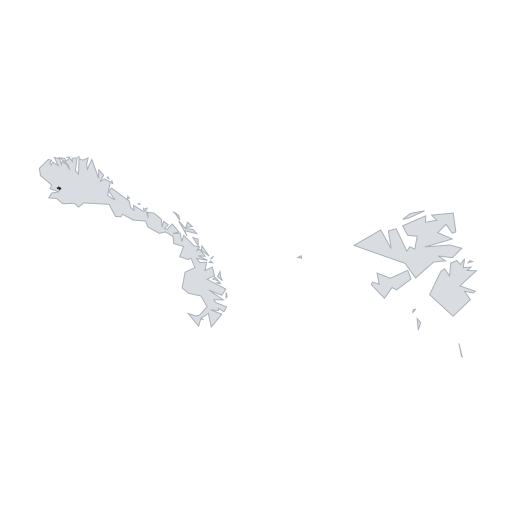 "Nedre Eiker" nor, Buskerud, Norway shown in context, rotated 93°
{"feature_id": "86288312B66874291334067", "entity_name": "\"Nedre Eiker\" nor", "entity_type": "district", "adm_level": 2, "iso_a3": "NOR", "parent_name": "Norway", "parent_adm1": "Buskerud", "projection": "mercator", "projection_center": [10.023, 59.763], "detail": "fine", "context": "in_parent", "style": "filled", "palette": "slate", "viewbox_px": 512, "rotation_deg": 93, "n_neighbors": 0, "source": "geoboundaries", "source_scale": "gbopen_adm2", "svg_char_len": 4236}
<svg xmlns="http://www.w3.org/2000/svg" viewBox="0 0 512 512"><g transform="rotate(93 256 256)"><path d="M270.8,316.3L261.6,320.8L263.1,323.7L260.7,332.2L250.3,328.8L247.9,338.7L240.8,339.9L236.7,347.6L238.5,353.6L232.7,365.4L226.9,368.1L226.5,380.7L221.3,391.3L223.9,393.0L223.9,398.3L212.1,405.4L212.0,430.9L216.5,435.7L212.8,440.2L214.0,451.6L209.0,458.0L208.8,466.1L203.7,463.0L202.2,455.8L199.6,465.1L195.7,463.8L187.1,475.4L179.8,476.9L170.5,468.5L171.1,465.1L174.2,466.8L175.8,465.2L172.8,464.0L176.1,458.4L168.1,462.5L169.2,457.4L174.9,455.2L171.9,454.6L174.4,450.0L179.8,446.5L174.5,448.6L168.2,457.4L168.6,451.8L171.6,451.4L168.2,447.3L171.3,444.2L168.0,444.9L167.4,439.8L180.0,440.9L183.6,437.5L168.0,437.8L169.4,433.9L166.9,428.8L173.6,430.0L178.1,428.9L168.2,425.0L186.6,417.3L178.1,417.5L183.3,412.3L189.9,415.8L187.0,411.4L189.6,405.3L203.2,407.3L207.6,399.6L198.8,406.5L195.8,403.8L207.8,385.5L214.2,383.7L216.7,380.1L211.8,381.0L217.4,370.8L215.9,368.6L223.7,365.5L218.0,366.6L218.5,360.2L224.1,352.6L232.3,351.2L226.2,350.1L229.5,345.2L233.4,348.9L234.0,346.0L228.4,341.3L236.0,334.3L237.9,340.1L237.2,332.8L245.6,331.0L239.2,329.2L249.1,318.4L250.0,312.8L253.8,315.6L252.3,312.5L259.0,306.8L258.7,313.7L262.9,304.3L261.6,315.1L265.5,311.9L264.8,304.9L273.2,306.3L269.4,299.0L277.7,296.4L281.8,303.6L290.6,284.4L297.0,288.1L292.4,301.3L301.5,286.3L302.0,295.7L304.5,293.9L308.3,282.8L313.3,285.1L310.2,290.7L312.5,290.9L312.0,298.7L316.0,287.2L329.3,297.0L315.7,300.6L321.4,307.9L329.1,309.6L316.9,320.7L319.1,312.8L318.0,309.2L309.3,302.1L298.8,308.9L296.8,321.3L291.7,328.1L275.9,326.0L270.8,316.3ZM237.5,50.9L247.4,59.8L246.4,74.1L250.9,66.6L252.7,78.3L269.6,95.4L255.6,106.7L240.3,158.6L223.4,132.8L241.6,121.4L224.0,125.1L221.5,117.5L243.3,105.6L238.7,102.9L240.8,97.8L227.8,96.0L227.4,105.6L218.2,111.1L207.0,88.6L213.5,88.5L210.8,77.3L206.0,82.7L202.8,61.3L221.5,57.7L223.0,61.2L214.4,67.9L223.2,75.7L228.7,61.0L238.1,87.8L234.9,63.0L237.5,50.9ZM259.2,35.1L275.2,50.9L279.7,35.3L281.6,37.1L280.3,45.9L288.4,39.7L305.8,56.1L285.5,80.6L261.7,70.6L258.9,67.1L265.8,61.6L252.9,61.2L250.0,55.3L253.8,51.4L247.9,47.5L256.8,48.5L255.8,40.6L259.4,44.5L259.2,35.1ZM270.9,100.0L282.4,113.8L280.4,118.6L291.5,125.5L278.4,139.4L276.0,138.3L277.7,131.5L266.7,134.2L271.2,120.6L262.3,103.7L270.9,100.0ZM234.4,328.7L239.4,326.0L225.1,335.0L232.3,327.8L232.7,320.4L236.8,316.3L234.4,328.7ZM242.2,314.8L248.9,314.2L241.0,319.9L242.2,314.8ZM248.8,310.5L258.5,302.9L253.3,310.9L248.8,310.5ZM202.0,90.1L209.9,105.0L211.7,111.3L205.5,104.1L202.0,90.1ZM229.9,321.1L231.1,327.7L225.8,326.1L229.9,321.1ZM282.4,288.1L278.6,293.3L273.4,291.1L279.4,290.1L282.4,288.1ZM283.0,291.9L281.3,297.9L279.1,296.2L283.0,291.9ZM219.1,335.5L224.2,334.0L218.7,338.2L219.1,335.5ZM345.5,45.5L332.6,48.8L346.0,44.8L345.5,45.5ZM314.0,88.1L321.4,90.1L310.1,91.8L314.0,88.1ZM294.1,283.9L298.0,282.6L299.3,283.8L294.1,283.9ZM285.6,290.3L284.8,293.6L283.8,290.8L285.6,290.3ZM265.0,299.1L264.9,302.3L263.4,301.1L265.0,299.1ZM255.8,210.3L255.3,214.1L253.4,211.0L255.8,210.3ZM304.6,96.7L301.2,96.0L300.9,94.0L304.6,96.7ZM204.9,385.5L205.9,387.5L203.1,387.1L204.9,385.5ZM258.4,298.4L260.3,299.6L261.5,301.4L258.4,298.4ZM250.2,39.6L251.7,43.8L249.4,42.2L250.2,39.6ZM190.9,403.9L187.8,404.1L191.1,402.9L190.9,403.9ZM186.5,407.1L185.3,408.8L184.8,407.9L186.5,407.1ZM217.8,338.9L216.1,341.1L218.0,337.3L217.8,338.9ZM167.6,448.0L167.3,450.4L167.0,447.3L167.6,448.0ZM214.6,369.0L213.9,367.3L214.9,367.4L214.6,369.0ZM322.3,305.0L321.8,307.5L321.7,307.1L322.3,305.0ZM215.5,370.7L213.7,371.0L215.8,370.2L215.5,370.7ZM210.2,374.6L210.4,376.3L209.5,375.7L210.2,374.6ZM166.8,437.7L166.0,439.2L166.2,437.9L166.8,437.7Z" fill="#d9dde1" stroke="#a8b0b8" stroke-width="1"/><path d="M198.9,454.6L198.8,454.8L198.7,454.8L198.6,455.0L198.5,455.3L198.4,455.4L198.4,455.5L198.3,455.8L198.2,455.8L198.2,456.0L198.3,456.0L198.2,456.1L198.3,456.1L198.3,456.3L198.3,456.5L198.4,456.8L198.5,456.8L198.5,457.0L198.6,456.9L198.7,457.0L198.7,456.9L198.8,456.9L199.0,456.8L199.0,456.7L199.0,456.4L199.1,456.2L199.3,456.0L199.2,456.0L199.2,455.9L199.2,455.7L199.2,455.4L199.1,455.2L199.0,454.9L199.0,454.7L198.9,454.7L198.9,454.6Z" fill="#64748b" stroke="#1e293b" stroke-width="1.5"/></g></svg>